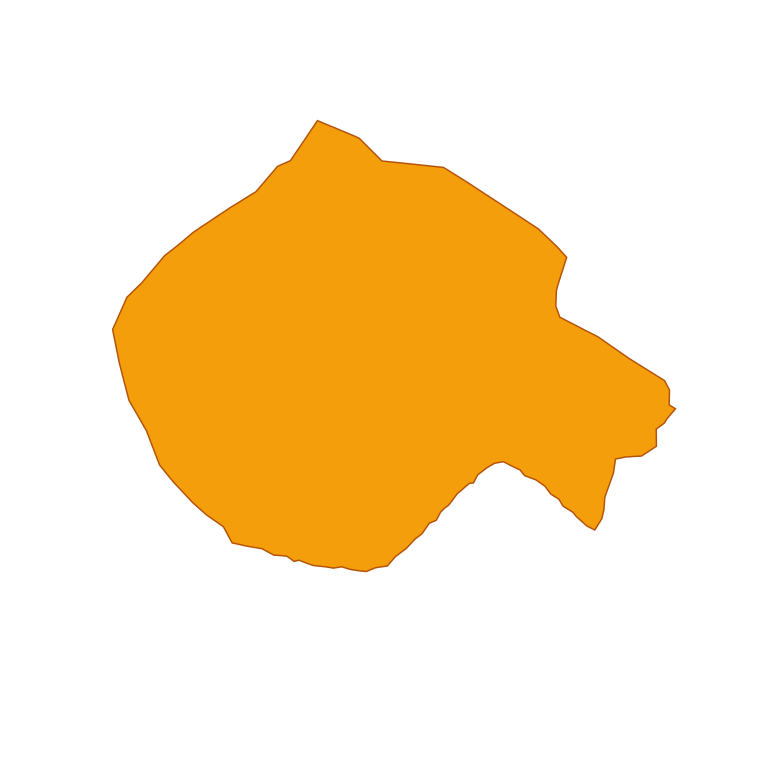 Ar Rashad, South Kordufan, Sudan (orthographic projection), rotated 122°
{"feature_id": "16777658B6695424981162", "entity_name": "Ar Rashad", "entity_type": "district", "adm_level": 2, "iso_a3": "SDN", "parent_name": "Sudan", "parent_adm1": "South Kordufan", "projection": "orthographic", "projection_center": [31.122, 11.808], "detail": "fine", "context": "isolated", "style": "filled", "palette": "amber", "viewbox_px": 768, "rotation_deg": 122, "n_neighbors": 0, "source": "geoboundaries", "source_scale": "gbopen_adm2", "svg_char_len": 2763}
<svg xmlns="http://www.w3.org/2000/svg" viewBox="0 0 768 768"><g transform="rotate(122 384 384)"><path d="M396.1,127.9L394.2,127.9L390.5,127.9L386.2,127.9L382.8,127.9L374.0,130.9L363.1,136.7L338.7,142.1L337.7,142.3L325.0,147.9L321.7,144.5L317.8,140.4L314.4,135.6L313.5,134.4L308.7,127.5L292.4,120.0L277.9,129.3L268.8,125.6L263.3,125.6L254.7,124.3L250.6,123.7L250.6,131.1L237.9,138.6L232.5,147.8L232.5,162.7L232.5,190.5L232.4,191.7L232.0,199.5L231.3,213.9L230.6,227.6L232.0,243.3L233.2,258.5L234.2,270.2L227.0,279.5L214.9,286.5L214.3,286.9L209.1,288.7L208.8,288.8L202.6,290.4L194.3,292.5L191.8,293.1L186.0,294.6L179.8,296.2L176.1,309.2L174.9,314.8L172.7,325.4L170.7,335.1L170.5,342.3L169.7,378.0L169.3,398.5L168.9,416.3L168.8,424.2L168.8,448.3L171.2,453.2L175.9,462.9L184.6,480.8L194.1,500.1L196.0,503.9L195.1,507.4L194.4,510.7L193.2,516.0L189.9,530.3L188.7,535.4L189.4,540.3L192.1,556.8L195.1,574.9L195.9,580.0L214.3,580.6L244.2,581.7L255.8,589.6L269.9,591.7L288.8,594.5L295.8,598.0L310.2,605.0L313.9,606.9L315.1,607.5L317.8,608.7L330.9,614.7L340.2,618.8L346.0,621.5L354.2,625.1L356.6,626.2L368.2,629.9L375.0,632.1L387.1,636.5L390.8,637.8L391.5,638.1L393.9,638.4L398.9,639.1L408.6,640.5L420.6,642.2L423.3,642.6L426.4,643.0L430.1,643.9L437.4,645.7L441.1,646.6L446.7,648.0L452.7,647.1L471.7,644.4L481.6,643.0L500.1,625.6L506.4,619.6L515.5,610.1L521.3,604.0L525.7,599.3L529.1,595.7L531.2,593.5L532.4,592.2L533.0,591.6L534.9,588.0L540.5,577.5L543.6,571.7L546.4,566.5L547.6,564.4L548.6,562.5L549.4,560.9L552.0,557.4L555.4,552.9L564.3,541.1L569.5,534.2L571.7,531.2L573.6,525.6L575.4,520.4L577.7,513.6L578.7,510.6L579.4,508.1L580.2,504.8L582.1,497.8L586.0,483.2L588.1,470.7L588.9,465.8L589.1,464.5L589.2,462.4L589.9,448.3L590.0,446.6L590.1,444.7L592.2,440.9L596.8,432.9L599.2,428.5L597.1,422.7L594.4,414.9L591.1,406.9L589.6,403.3L588.3,400.1L588.1,396.3L587.8,391.8L587.5,386.7L584.5,381.2L581.5,375.0L581.7,371.3L582.1,366.3L578.4,362.6L577.2,355.8L575.4,347.8L572.9,342.6L570.0,336.7L566.9,329.3L561.5,323.1L559.1,314.4L556.0,307.0L552.4,299.6L548.5,296.8L544.5,294.0L541.3,290.4L536.7,284.8L530.5,283.8L524.5,282.9L517.7,280.3L511.8,278.0L506.2,276.9L499.1,275.5L490.7,272.4L484.3,272.1L478.0,271.8L471.9,267.5L467.0,267.8L462.8,268.1L457.4,266.9L452.6,265.0L447.1,264.4L444.1,264.2L438.6,263.8L431.6,261.6L428.4,260.7L422.9,258.8L420.5,255.7L415.6,256.1L411.4,256.4L407.7,255.0L404.7,253.9L401.1,252.6L397.9,251.0L392.7,248.3L390.2,245.6L386.6,241.5L386.3,237.7L386.0,233.5L385.5,228.9L384.8,223.0L386.0,219.5L387.2,216.2L386.3,211.8L384.8,204.4L385.4,193.3L387.0,189.3L389.0,184.0L389.0,179.5L389.0,174.7L392.7,167.3L392.7,162.1L392.7,155.6L394.5,150.6L395.7,143.8L396.9,136.4L396.5,132.4L396.1,127.9Z" fill="#f59e0b" stroke="#b45309" stroke-width="1.5"/></g></svg>